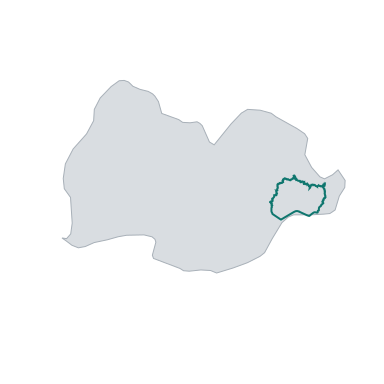 Nyamasheke, Western, Rwanda shown in context, rotated 214°
{"feature_id": "39286606B22601397790462", "entity_name": "Nyamasheke", "entity_type": "district", "adm_level": 2, "iso_a3": "RWA", "parent_name": "Rwanda", "parent_adm1": "Western", "projection": "albers", "projection_center": [29.106, -2.358], "detail": "fine", "context": "in_parent", "style": "outline", "palette": "teal", "viewbox_px": 384, "rotation_deg": 214, "n_neighbors": 0, "source": "geoboundaries", "source_scale": "gbopen_adm2", "svg_char_len": 6157}
<svg xmlns="http://www.w3.org/2000/svg" viewBox="0 0 384 384"><g transform="rotate(214 192 192)"><path d="M155.0,122.0L159.2,121.9L186.7,115.4L189.5,117.4L193.9,130.2L196.3,132.1L200.1,132.5L207.8,129.6L222.0,119.6L228.2,113.6L235.5,105.0L244.8,95.4L250.0,87.1L255.0,82.2L261.7,80.7L269.0,81.1L274.1,81.2L269.9,83.2L269.1,89.4L273.9,99.2L289.7,119.6L299.7,123.3L306.3,131.2L312.7,144.5L314.6,161.2L311.9,181.2L313.4,196.1L319.2,205.9L320.7,218.6L318.0,234.2L314.6,243.5L310.6,246.6L306.1,247.7L300.1,246.6L292.6,248.0L284.6,250.9L279.5,251.3L276.4,250.7L270.4,248.2L261.0,240.2L243.5,244.6L238.7,244.5L232.3,248.3L227.1,253.0L223.9,253.3L220.6,252.7L205.5,243.2L200.0,243.5L197.7,270.2L195.2,285.0L192.1,291.6L181.3,297.9L170.4,301.6L164.4,301.3L140.5,303.3L131.2,303.3L126.0,301.1L119.3,286.0L106.6,279.3L94.4,276.1L89.5,277.0L85.1,284.9L83.3,292.0L71.5,287.2L67.9,281.2L67.6,271.0L63.3,257.1L65.7,251.2L70.3,247.4L80.1,240.0L95.0,229.9L98.2,225.0L100.3,216.9L99.4,198.2L97.9,182.3L99.7,176.6L106.5,164.4L115.6,151.8L126.3,138.6L132.7,137.3L141.1,132.3L150.0,124.8L155.0,122.0Z" fill="#d9dde1" stroke="#a8b0b8" stroke-width="1"/><path d="M122.8,241.5L122.4,241.3L122.2,241.1L122.4,240.7L122.9,240.4L122.6,240.3L122.5,240.1L122.4,240.0L122.4,239.7L122.3,239.4L122.3,239.2L121.6,238.9L120.8,238.3L121.1,237.8L121.1,237.5L120.5,237.2L120.3,236.9L120.3,236.6L120.4,236.4L120.8,236.5L120.9,236.4L121.0,236.1L121.4,235.9L121.6,235.5L121.8,235.5L122.0,235.3L121.7,235.1L121.6,234.6L121.3,234.2L121.3,233.9L121.2,233.7L121.2,233.1L121.4,232.5L121.4,232.2L121.2,231.8L121.2,231.7L121.6,231.4L121.5,231.2L121.1,231.1L121.1,230.9L121.3,230.8L121.1,230.6L121.1,230.4L120.9,230.3L120.4,230.0L120.2,229.8L120.3,229.5L120.5,229.3L120.5,229.0L120.8,228.8L121.0,228.4L121.1,227.8L121.2,227.7L121.6,227.8L121.7,227.6L121.6,227.4L121.4,227.5L121.4,227.4L121.2,227.2L120.9,227.2L120.9,227.3L120.5,227.3L120.3,227.5L120.3,227.3L120.1,227.2L120.0,226.8L119.6,226.7L119.4,226.8L119.2,226.8L119.2,226.5L119.1,226.4L119.0,226.1L118.9,225.8L118.7,225.8L118.8,226.0L118.7,226.0L118.3,225.9L118.4,225.7L118.3,225.4L118.1,225.0L117.9,225.0L117.8,224.7L117.3,224.1L117.4,223.7L117.2,223.2L115.5,220.6L115.0,220.1L113.6,219.3L112.9,218.8L104.0,218.8L102.8,218.9L96.4,232.3L95.7,233.5L95.3,234.1L94.5,234.8L94.0,235.1L93.3,235.4L92.1,235.6L91.9,235.8L91.5,235.7L91.1,235.8L83.3,237.1L82.0,237.5L81.6,237.6L81.3,237.9L80.5,240.7L79.8,242.6L79.3,243.5L78.7,244.0L77.0,244.7L76.5,245.1L76.4,245.3L76.5,245.6L77.0,246.4L77.1,246.8L76.9,247.4L76.6,247.7L77.8,249.7L78.0,250.5L77.6,251.6L77.5,251.8L77.6,252.1L77.3,252.6L77.4,252.9L77.4,253.4L77.6,253.6L77.5,253.9L77.6,254.1L77.5,254.4L77.2,254.8L77.1,255.1L77.1,255.6L76.9,256.1L77.1,256.3L77.4,256.6L77.7,256.6L77.9,256.7L78.2,256.6L78.4,256.7L78.5,256.8L78.6,257.0L78.6,257.5L78.4,258.1L78.5,258.2L78.3,258.3L78.3,258.7L78.4,259.0L78.6,259.1L78.8,259.7L79.0,259.8L79.0,260.1L79.1,260.3L79.1,260.6L78.9,260.7L78.7,261.0L78.5,260.9L78.4,261.1L78.4,261.7L78.5,261.8L78.4,261.9L78.4,262.4L78.5,262.5L78.8,262.7L79.1,262.9L79.5,263.6L79.9,263.7L80.0,264.0L80.7,264.5L80.8,264.7L81.0,264.7L81.1,264.8L81.5,265.4L81.5,265.7L81.6,265.8L81.6,266.0L81.8,266.3L82.0,266.5L82.4,266.7L82.5,267.0L82.4,267.2L82.5,267.3L82.8,267.5L83.0,267.5L83.2,267.8L83.6,267.9L83.7,268.0L83.7,268.4L84.0,268.6L84.4,268.6L84.8,268.6L85.4,269.1L85.9,269.2L85.8,269.3L86.0,269.4L85.9,269.7L86.0,269.8L85.9,270.0L86.0,270.3L85.8,270.7L85.9,271.1L85.7,271.3L85.8,271.4L85.7,271.5L85.8,271.9L85.9,272.2L86.0,272.2L86.0,272.3L86.2,272.5L86.3,272.7L86.4,272.4L86.6,272.5L86.5,272.2L86.9,272.2L87.1,272.0L87.2,271.9L87.1,271.7L87.0,271.2L87.0,270.9L87.0,270.7L87.3,270.5L87.3,270.3L87.2,270.3L87.2,270.1L87.1,269.8L87.0,269.7L87.4,269.5L87.6,269.2L87.9,269.2L88.0,269.0L88.3,268.7L88.9,268.8L89.2,268.7L89.5,268.4L89.7,268.5L89.8,268.5L90.0,268.2L90.5,268.0L90.8,268.1L90.8,267.9L90.9,267.5L91.2,267.2L91.3,266.8L91.7,266.6L91.5,266.4L92.1,266.4L92.6,266.2L92.8,266.3L93.1,266.2L93.3,266.4L93.6,266.4L93.9,266.5L94.3,266.5L94.6,266.2L94.9,265.8L95.1,265.9L95.5,265.8L95.8,265.8L96.1,265.6L96.1,265.4L96.4,264.9L96.4,264.6L96.8,264.6L97.1,264.6L97.1,264.4L97.0,264.1L97.1,263.9L97.2,263.7L97.2,263.4L96.9,263.0L96.9,262.5L96.6,262.1L96.5,261.7L96.6,261.1L96.8,261.6L97.2,262.1L97.7,262.4L98.3,262.1L98.8,262.5L99.0,262.9L99.5,263.0L99.8,262.9L100.8,263.3L100.8,263.2L100.7,262.9L100.9,262.9L100.9,262.6L101.2,262.8L101.6,262.8L101.8,262.6L102.4,262.2L102.5,262.0L102.5,261.8L102.7,261.7L103.0,261.7L103.3,261.8L103.5,261.7L103.4,261.6L103.5,261.4L103.5,261.6L103.7,261.4L103.8,261.6L104.0,261.7L104.1,261.9L104.2,261.7L104.6,261.9L104.9,262.3L105.0,262.2L105.2,262.4L105.2,262.5L105.3,262.4L105.5,262.6L105.8,262.7L106.1,262.6L106.4,262.5L106.5,262.4L106.8,262.2L107.1,261.4L107.0,261.2L107.4,260.8L107.6,260.8L107.7,261.1L108.2,261.3L108.4,261.5L108.6,261.5L108.8,261.6L109.0,261.5L109.4,261.1L110.0,260.8L110.7,260.6L110.9,260.7L111.4,260.6L111.6,260.7L111.9,260.6L112.1,260.4L112.3,260.7L112.5,260.8L112.7,261.1L112.9,261.0L113.0,260.8L113.2,261.0L113.6,260.8L113.6,261.1L113.9,261.0L114.1,261.4L114.2,261.7L114.8,262.2L115.0,262.3L115.5,262.3L115.7,262.6L115.9,262.6L116.1,262.8L116.3,262.9L116.7,262.6L116.8,262.3L115.8,261.8L115.2,261.6L115.6,261.1L115.8,260.8L115.3,260.4L115.7,259.6L115.9,259.4L116.2,259.3L116.2,259.1L116.2,258.7L116.3,258.6L116.3,258.4L116.6,258.0L116.8,257.4L117.1,257.3L117.0,256.8L117.2,256.7L117.5,256.5L118.4,256.3L119.6,256.3L120.1,255.5L120.6,255.5L120.9,255.7L121.3,255.6L121.5,255.3L121.9,255.2L122.3,255.2L122.4,255.3L122.7,255.3L122.9,255.0L123.0,254.7L123.0,254.1L123.3,253.9L123.2,253.7L123.4,253.2L123.1,252.9L123.3,252.6L123.3,252.4L123.2,252.4L123.1,252.0L123.0,251.9L122.6,251.9L122.4,251.4L122.0,251.1L122.5,250.2L122.4,250.0L122.6,249.7L122.8,249.7L123.2,249.7L123.6,249.1L123.5,248.8L123.6,248.6L124.3,248.4L124.2,248.2L124.4,247.8L124.4,247.4L124.6,247.1L125.2,246.8L125.1,246.3L125.3,246.1L125.2,245.7L124.7,245.4L124.5,245.1L124.4,244.9L124.5,244.6L124.4,244.5L124.1,244.5L124.0,244.4L123.2,243.5L123.1,243.1L123.3,242.8L123.0,242.3L123.0,242.1L122.9,241.9L122.8,241.5Z" fill="none" stroke="#0f766e" stroke-width="2"/></g></svg>